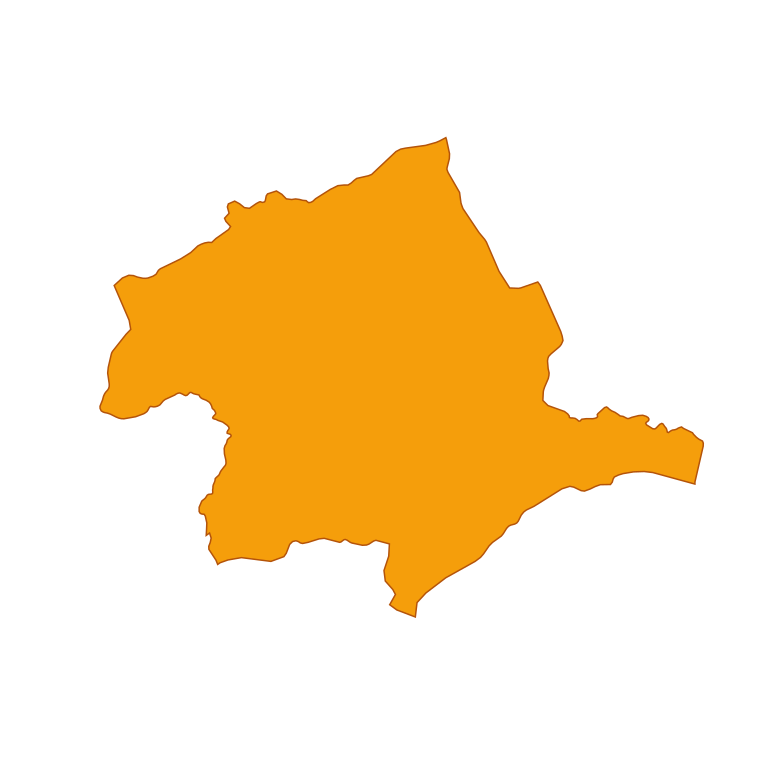 Dix-Huit Montagnes, Robinson projection, rotated 247°
{"feature_id": "CIV-3441", "entity_name": "Dix-Huit Montagnes", "entity_type": "Department", "adm_level": 1, "iso_a3": "CIV", "parent_name": "Ivory Coast", "parent_adm1": "", "projection": "robinson", "projection_center": [-7.745, 7.377], "detail": "fine", "context": "isolated", "style": "filled", "palette": "amber", "viewbox_px": 768, "rotation_deg": 247, "n_neighbors": 0, "source": "natural_earth", "source_scale": "10m", "svg_char_len": 4875}
<svg xmlns="http://www.w3.org/2000/svg" viewBox="0 0 768 768"><g transform="rotate(247 384 384)"><path d="M315.0,165.2L314.1,161.2L319.8,164.0L325.3,166.6L332.3,167.9L334.4,167.5L335.4,165.6L336.7,164.3L338.8,164.0L342.8,165.7L347.1,170.2L347.3,170.3L347.4,170.5L347.9,172.0L348.3,173.6L348.9,175.2L350.7,177.7L351.0,179.2L350.6,180.6L350.1,182.0L350.2,183.3L351.3,184.1L353.4,184.8L354.9,185.8L356.5,186.5L357.8,187.4L360.0,189.7L361.3,190.8L362.9,191.7L363.6,193.4L364.2,195.2L364.9,196.8L367.1,199.1L368.0,200.4L370.4,204.7L371.1,206.2L372.7,207.6L375.8,208.7L382.0,209.8L387.1,211.7L389.4,213.6L390.6,215.4L391.9,216.6L393.6,217.8L394.5,219.3L395.4,222.5L396.5,223.2L397.7,222.9L399.9,220.4L401.1,220.8L402.1,221.9L402.9,223.2L403.8,224.2L405.4,224.2L407.5,223.4L412.1,220.6L415.4,216.9L417.0,215.6L418.0,214.2L419.0,213.2L419.9,213.1L420.9,214.3L421.6,216.0L422.4,217.5L423.8,217.8L426.0,217.6L428.6,216.4L431.2,216.7L433.5,216.6L435.6,216.0L438.5,214.0L441.4,211.0L442.7,210.1L444.3,209.5L446.2,209.4L447.4,207.7L448.4,206.3L449.4,205.0L450.3,204.2L451.4,203.4L452.0,202.3L451.7,201.1L451.1,199.7L450.6,198.3L450.8,196.9L451.8,195.8L453.4,194.6L455.5,192.6L456.0,190.9L456.0,189.0L455.6,187.2L455.3,176.6L454.9,175.0L454.6,174.0L452.7,170.3L452.4,169.7L452.2,168.4L452.1,166.6L452.4,164.7L452.9,163.1L454.3,160.8L454.6,160.2L454.4,159.5L454.0,158.7L452.2,156.5L451.3,155.1L450.8,153.3L450.5,151.3L450.9,142.6L453.6,131.0L454.7,128.7L455.4,127.7L456.2,126.6L458.4,124.4L463.1,120.4L465.2,118.1L467.0,115.5L468.2,114.3L469.8,113.2L472.4,113.1L474.5,113.9L479.1,118.5L482.3,121.0L483.9,122.7L485.1,124.4L486.5,127.4L487.5,128.8L489.1,130.1L491.4,131.1L502.0,133.9L507.1,136.7L518.1,144.7L519.3,145.8L520.3,147.2L530.5,165.9L533.2,172.2L542.1,174.3L580.1,174.1L583.8,184.6L583.8,191.6L581.7,195.7L578.7,198.9L575.6,203.3L574.4,205.9L573.8,208.1L573.5,213.6L574.1,217.1L576.8,220.8L577.5,223.2L578.6,245.6L580.5,257.5L583.8,266.5L584.1,270.4L583.9,274.1L583.1,277.6L581.6,280.7L583.6,286.2L586.9,301.3L588.9,304.3L595.5,302.0L598.9,302.0L601.7,308.1L608.2,309.0L610.6,311.1L610.7,318.0L606.3,321.5L600.9,324.4L598.3,328.8L600.0,337.0L600.3,340.5L600.0,341.6L599.3,342.2L598.6,343.1L598.3,345.2L599.2,346.4L603.2,349.1L604.5,351.1L603.7,360.4L598.5,364.1L592.6,366.4L589.9,371.1L588.9,374.9L586.9,378.3L584.8,381.0L583.2,384.0L581.8,384.6L580.4,385.5L579.8,387.6L580.0,389.9L581.3,393.5L584.1,410.6L584.6,419.0L582.8,424.9L581.2,428.6L581.8,432.3L583.1,436.0L583.9,439.2L581.8,450.9L581.7,454.5L593.3,485.9L593.7,491.1L592.7,496.0L587.4,515.5L586.0,526.3L586.0,530.1L586.6,537.2L584.5,537.0L570.3,534.3L565.9,532.2L558.5,526.6L557.1,525.8L553.9,525.6L530.8,528.4L520.6,525.6L518.7,525.4L514.6,525.2L486.3,530.6L477.7,533.2L474.6,533.7L442.7,533.9L423.3,537.2L419.5,545.2L419.0,547.5L417.8,565.4L413.7,566.4L363.3,567.2L358.3,566.7L354.0,565.7L351.2,562.7L349.9,560.4L346.5,549.6L345.1,546.4L343.6,544.9L341.3,543.5L334.0,541.1L329.7,540.3L327.5,539.2L324.9,537.4L318.5,530.7L316.1,528.6L314.6,527.6L306.8,523.8L300.1,526.5L288.2,539.4L284.7,541.4L282.2,542.0L280.7,541.6L279.8,542.6L279.0,544.4L277.7,546.5L276.0,547.7L273.7,548.8L273.3,549.9L274.3,552.3L273.0,556.8L270.5,562.6L270.0,564.8L269.9,566.5L270.4,567.8L271.4,568.1L272.5,568.3L273.2,569.5L276.1,577.8L275.9,579.9L274.7,580.7L272.8,581.5L270.4,583.0L267.6,585.6L264.1,587.9L262.4,588.8L260.7,591.5L257.2,594.4L256.6,595.8L256.5,599.2L255.4,606.2L254.1,610.0L251.8,612.7L249.9,614.0L248.2,614.2L247.1,613.4L246.5,612.1L246.3,610.6L245.6,609.6L243.8,609.7L237.8,613.9L236.8,615.8L237.1,617.2L239.1,622.0L239.2,624.3L238.2,625.2L235.1,625.8L233.7,626.3L232.1,626.5L228.9,626.0L228.2,626.8L228.8,629.6L228.9,631.5L228.3,633.7L228.1,635.6L228.4,637.4L228.4,639.0L228.2,641.1L226.0,642.4L218.6,648.9L216.6,649.3L212.8,650.8L210.3,652.2L207.0,654.9L204.8,654.8L202.0,653.5L172.4,632.0L170.4,631.1L197.5,596.8L201.8,589.3L205.6,579.4L208.1,569.1L208.6,564.3L208.4,559.7L206.9,557.7L204.5,555.8L203.0,553.2L206.8,543.8L207.1,538.4L206.8,532.8L207.1,526.7L208.8,523.8L214.9,518.4L217.2,515.1L218.0,506.9L212.8,474.2L212.4,465.9L211.6,462.7L209.7,459.1L205.3,454.0L204.2,451.9L204.0,449.7L204.6,445.4L204.4,443.1L203.2,440.4L199.6,435.3L198.2,432.6L195.8,422.0L193.9,417.4L188.7,409.2L186.7,405.1L185.1,398.5L181.5,365.2L175.3,341.0L169.9,329.0L157.3,321.8L171.0,307.5L178.6,303.0L185.8,312.3L191.4,311.8L202.1,308.2L212.3,311.1L223.7,321.1L234.7,326.5L243.3,315.5L243.5,313.1L242.5,307.6L242.6,305.0L244.0,301.1L250.1,292.4L251.4,291.1L254.8,288.9L256.1,287.5L256.3,286.1L255.4,282.7L255.6,281.3L265.3,268.7L266.8,263.7L267.9,252.3L269.0,246.8L270.4,244.9L272.4,243.6L274.1,241.7L274.7,238.3L273.2,234.5L266.4,227.9L264.2,224.4L264.9,210.6L279.9,184.9L283.0,171.6L283.5,163.3L282.9,160.4L287.5,160.5L300.2,158.2L303.1,159.3L306.0,162.1L309.7,164.7L315.0,165.2Z" fill="#f59e0b" stroke="#b45309" stroke-width="1.5"/></g></svg>